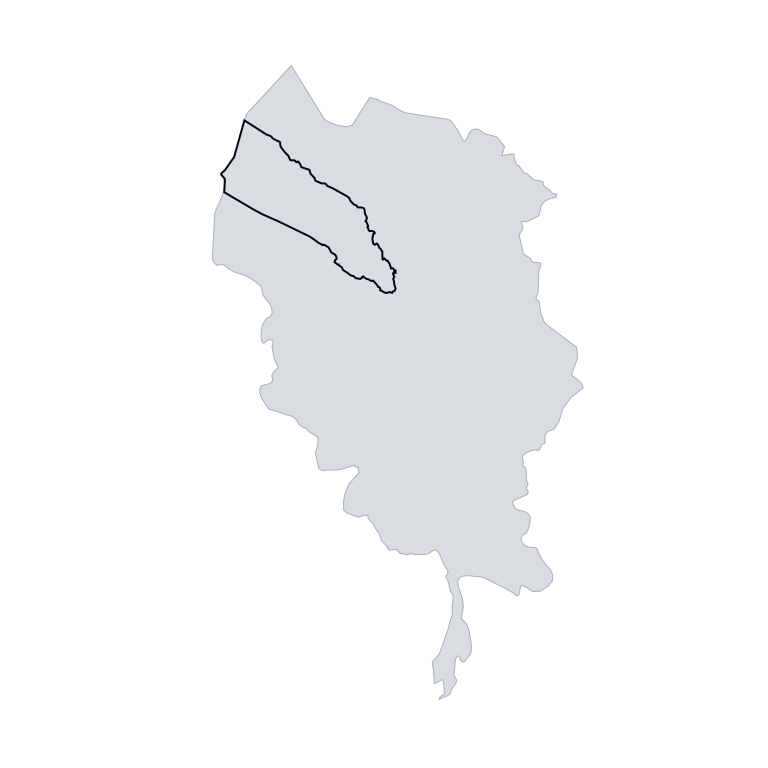 where Hilmand sits in Afghanistan, rotated 112°
{"feature_id": "AFG-1750", "entity_name": "Hilmand", "entity_type": "Province", "adm_level": 1, "iso_a3": "AFG", "parent_name": "Afghanistan", "parent_adm1": "", "projection": "equal_earth", "projection_center": [64.341, 31.376], "detail": "medium", "context": "in_parent", "style": "outline", "palette": "ink", "viewbox_px": 768, "rotation_deg": 112, "n_neighbors": 0, "source": "natural_earth", "source_scale": "10m", "svg_char_len": 5628}
<svg xmlns="http://www.w3.org/2000/svg" viewBox="0 0 768 768"><g transform="rotate(112 384 384)"><path d="M339.7,209.0L353.0,207.7L362.1,209.5L366.9,214.4L371.6,215.7L376.1,213.3L379.0,212.9L380.1,214.4L382.4,215.1L385.8,214.8L387.8,216.2L388.4,219.1L391.0,222.9L395.7,227.5L399.9,228.6L405.2,225.0L407.1,225.4L407.9,224.3L408.4,221.7L411.7,219.3L417.6,217.0L421.0,215.0L422.2,213.3L424.2,212.8L426.4,213.3L427.9,212.7L429.1,210.4L431.2,209.5L433.0,210.0L441.4,218.2L444.7,220.7L446.1,220.3L450.2,215.8L450.7,211.7L449.4,206.3L450.1,202.0L452.7,198.7L457.7,196.7L464.9,195.9L469.4,196.4L471.1,198.1L473.4,199.0L476.2,199.2L478.7,197.2L481.0,193.2L481.0,188.2L478.8,182.3L479.3,180.4L482.9,177.4L486.7,172.9L490.3,167.2L493.7,160.2L498.1,155.9L503.3,154.2L509.8,156.1L517.6,161.5L520.7,168.3L519.1,176.3L519.0,180.7L520.6,181.5L529.2,179.9L530.4,181.1L530.4,183.3L529.2,186.7L528.0,196.2L526.0,219.8L530.1,233.8L532.8,239.4L535.4,241.2L538.0,241.8L540.6,241.3L545.7,237.7L553.5,231.0L561.0,226.9L572.2,224.7L575.7,217.5L580.7,212.8L592.2,205.8L598.6,203.2L602.2,202.7L611.3,205.3L611.9,207.5L611.4,209.8L608.9,211.7L608.1,213.1L609.2,214.2L612.8,214.6L628.2,209.8L631.5,205.5L634.9,205.3L641.5,207.1L646.5,206.5L649.3,208.4L655.6,214.6L653.7,214.9L650.9,213.7L649.3,211.7L643.1,214.4L636.3,218.3L636.5,219.3L642.9,225.0L630.2,231.2L624.5,234.8L623.1,234.9L614.2,231.6L589.7,232.6L571.2,234.6L564.1,237.7L557.4,239.3L553.9,241.0L551.7,244.3L541.7,251.7L539.9,254.4L534.1,254.1L528.4,261.3L520.0,269.8L518.3,273.8L519.7,275.9L524.4,279.0L526.6,281.9L530.1,290.2L531.6,296.1L533.7,298.6L535.0,305.6L533.0,309.6L533.1,311.6L536.1,316.9L535.4,318.5L533.3,321.0L530.1,327.8L524.1,332.8L521.6,337.2L517.5,342.1L515.8,346.3L514.0,348.5L512.1,349.8L512.6,352.0L514.4,354.8L517.3,357.9L517.4,370.5L516.0,374.1L508.3,377.5L500.9,379.0L491.8,379.1L488.4,378.6L475.7,374.0L471.7,376.2L471.0,381.8L478.4,390.8L481.5,395.9L484.9,404.3L487.5,408.7L486.7,412.7L473.8,421.7L465.6,422.6L460.4,424.2L457.9,426.4L456.2,436.0L454.4,439.5L454.5,443.7L452.8,448.4L450.2,451.4L448.4,456.4L450.4,481.9L443.0,492.1L438.8,495.7L434.8,497.4L431.4,496.8L427.1,491.0L424.2,488.7L421.2,489.2L418.2,491.2L413.5,490.6L409.4,488.5L407.3,488.7L406.1,490.8L401.8,495.2L391.2,501.9L386.8,502.3L385.0,504.0L385.8,506.7L387.7,509.0L391.1,510.6L391.3,512.4L385.8,515.8L380.3,518.0L373.9,518.9L367.2,517.6L363.8,514.6L359.8,514.3L356.1,516.5L352.4,520.1L347.2,529.1L339.5,534.6L337.6,540.3L335.4,550.4L336.2,565.2L335.3,571.9L333.7,576.2L334.0,579.6L336.6,583.5L335.6,586.0L333.5,588.9L331.4,590.4L289.3,604.8L282.4,605.1L278.8,604.6L266.8,604.5L261.9,605.6L256.9,607.5L253.2,610.0L250.4,613.5L245.4,611.5L229.6,608.0L187.0,612.7L183.0,611.8L123.5,589.2L160.6,538.8L161.7,534.6L161.9,526.4L159.7,515.4L156.1,510.4L123.7,504.6L122.7,496.1L123.2,492.3L122.7,484.9L122.8,479.3L124.4,470.0L124.5,465.8L114.8,424.5L114.8,420.4L121.0,411.0L128.7,401.7L128.4,400.0L124.5,399.0L118.7,398.9L115.7,397.5L113.3,394.9L112.4,391.2L114.1,384.6L112.7,371.8L118.8,361.1L128.2,360.4L123.5,352.6L122.5,351.7L122.2,350.4L122.7,349.0L125.1,348.5L130.8,343.5L131.1,340.7L135.9,333.4L135.5,330.0L138.7,321.4L137.1,315.5L136.9,312.4L140.3,310.4L142.5,302.3L143.8,300.3L144.0,298.3L143.3,295.0L146.4,294.5L149.3,298.7L153.8,303.1L156.7,304.4L160.5,305.0L168.8,303.6L170.5,303.8L179.1,311.5L180.6,313.5L181.3,316.6L182.7,317.5L185.7,314.5L188.6,313.4L194.2,314.4L197.1,313.2L211.1,303.7L212.2,297.5L213.6,294.1L215.5,292.0L213.2,285.0L214.0,283.6L215.9,283.0L220.5,283.0L241.7,275.3L247.3,275.3L248.5,274.7L248.9,272.5L250.4,270.3L260.5,264.6L266.2,258.9L268.3,254.6L277.7,219.5L282.7,216.5L287.9,214.3L305.4,213.6L308.5,202.9L310.1,200.4L313.1,197.9L326.1,205.5L339.7,209.0Z" fill="#d9dde1" stroke="#a8b0b8" stroke-width="1"/><path d="M266.0,604.2L265.2,604.2L254.6,607.9L253.2,608.7L250.9,613.3L249.9,613.8L245.4,611.6L229.7,608.0L191.9,612.2L196.7,586.7L196.6,581.6L197.8,579.5L198.2,578.1L198.6,571.3L199.1,570.7L201.8,569.4L203.4,567.6L206.2,562.9L208.2,558.2L211.3,555.0L211.5,553.9L210.3,551.5L210.2,550.3L211.1,548.7L211.1,548.2L210.2,547.5L210.0,546.6L211.9,543.7L213.9,541.8L213.4,533.4L216.6,530.8L218.9,525.8L219.6,525.0L220.5,524.6L221.2,523.6L221.4,517.2L220.2,513.8L220.3,512.9L221.6,510.8L221.7,505.4L223.8,488.6L224.6,485.8L226.2,484.4L227.3,482.8L228.9,478.8L228.7,476.6L230.1,474.5L228.9,471.6L228.6,468.4L229.5,467.5L233.2,465.4L236.1,462.2L237.9,461.8L240.0,462.1L240.8,460.4L243.5,457.9L244.0,457.7L244.9,458.1L246.1,456.5L247.2,455.8L247.6,454.7L246.7,452.7L246.5,451.3L246.6,450.2L247.2,449.3L247.8,449.1L248.1,450.0L248.4,450.1L253.5,449.3L257.6,446.8L258.0,446.4L258.3,444.6L256.5,443.4L257.0,441.8L259.6,439.3L259.8,438.1L261.9,435.2L268.5,432.3L269.0,431.9L268.8,431.3L267.5,430.6L268.7,427.7L268.3,426.9L270.3,424.0L274.2,420.7L273.6,420.3L273.5,419.0L273.7,418.2L275.1,416.8L274.5,415.8L276.7,414.9L277.1,416.8L278.3,417.0L280.9,414.5L282.7,414.9L283.3,414.8L284.9,413.3L288.2,411.5L291.1,409.0L293.5,409.0L295.0,410.4L296.5,410.6L296.4,412.3L297.3,414.1L299.0,416.2L298.5,422.7L297.5,422.7L296.2,424.2L296.0,426.1L294.5,427.9L292.2,432.8L293.1,434.0L293.2,434.7L292.7,437.6L293.1,439.1L292.7,441.8L292.0,443.5L293.1,444.4L294.3,444.3L294.8,445.1L295.5,445.5L296.5,450.0L295.3,452.5L295.6,453.8L295.7,456.1L294.7,459.2L293.6,464.9L291.6,466.8L291.0,469.9L290.2,470.8L290.6,471.6L289.5,475.5L287.8,475.8L285.6,474.8L283.2,476.4L282.2,478.4L282.1,480.1L281.6,482.5L278.2,486.3L278.0,486.9L277.3,491.8L278.4,493.2L278.0,493.9L277.5,498.4L276.8,500.3L275.1,508.2L272.7,543.6L272.2,560.4L271.1,570.3L266.0,604.2Z" fill="none" stroke="#020617" stroke-width="2"/></g></svg>